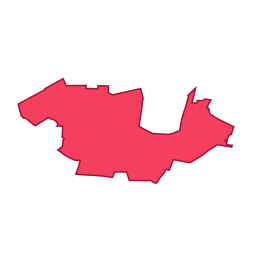 Tecámac, México, Mexico (Equal Earth projection), rotated 81°
{"feature_id": "50627088B86609194927709", "entity_name": "Tecámac", "entity_type": "district", "adm_level": 2, "iso_a3": "MEX", "parent_name": "Mexico", "parent_adm1": "México", "projection": "equal_earth", "projection_center": [-98.994, 19.711], "detail": "fine", "context": "isolated", "style": "filled", "palette": "rose", "viewbox_px": 256, "rotation_deg": 81, "n_neighbors": 0, "source": "geoboundaries", "source_scale": "gbopen_adm2", "svg_char_len": 5210}
<svg xmlns="http://www.w3.org/2000/svg" viewBox="0 0 256 256"><g transform="rotate(81 128 128)"><path d="M143.2,23.3L142.7,24.1L142.3,24.9L140.5,27.3L140.2,27.7L138.1,30.7L136.5,33.0L134.9,35.2L133.3,37.5L132.5,38.5L131.5,39.7L129.9,41.6L129.2,42.3L129.0,42.5L128.8,42.7L128.7,42.9L128.5,43.2L128.1,43.5L128.0,43.8L127.9,43.9L127.8,44.1L127.7,44.2L127.1,44.9L123.8,45.1L121.0,45.3L121.1,45.8L121.0,46.2L120.7,47.0L120.4,47.1L118.9,46.0L118.4,45.6L117.7,45.2L117.4,44.9L115.2,43.2L113.3,41.7L112.7,43.7L112.0,45.4L111.7,46.4L111.4,47.3L111.6,47.5L111.6,47.9L112.7,50.3L112.1,53.0L111.7,55.3L113.8,56.1L114.2,56.2L113.9,57.9L113.6,59.2L113.2,60.9L112.8,60.7L109.7,59.4L107.5,58.5L104.1,57.0L101.4,55.9L99.9,55.3L99.6,55.1L99.4,55.1L99.1,55.0L100.8,57.5L101.5,58.4L102.1,59.3L104.1,62.2L104.4,62.7L104.8,63.2L105.0,63.5L105.3,63.0L107.6,64.0L110.0,65.0L114.2,66.9L114.5,67.0L118.1,68.8L119.3,69.5L120.3,70.0L123.9,71.8L124.7,72.2L126.4,73.0L129.0,74.0L132.9,75.4L137.0,76.9L138.9,77.5L139.4,81.0L139.6,81.0L139.9,82.9L140.2,83.8L140.3,84.6L140.4,85.8L140.6,88.9L140.5,89.2L140.5,90.0L140.0,92.0L139.1,96.4L138.7,98.7L138.3,100.1L138.2,100.2L138.1,100.5L137.3,104.6L135.7,106.8L133.6,109.8L130.8,113.4L128.1,117.0L125.6,116.2L123.2,115.3L120.9,114.6L118.5,113.8L114.6,112.6L111.5,111.6L108.4,110.6L107.9,110.7L107.1,110.5L105.9,110.1L102.6,109.0L102.2,108.8L101.8,108.7L101.4,108.6L101.2,108.5L101.0,108.4L100.9,108.4L100.6,108.5L100.3,108.5L100.0,108.5L99.7,108.5L99.2,108.6L98.9,108.6L98.6,108.7L98.3,108.7L98.1,108.7L97.8,108.7L97.5,108.8L97.2,108.8L96.9,108.8L96.7,108.8L96.4,108.9L96.1,108.9L95.8,108.9L95.5,109.0L95.0,109.0L94.7,109.0L94.4,109.1L94.2,109.1L93.9,109.1L93.6,109.1L93.1,109.2L92.8,109.2L92.5,109.3L92.3,109.3L92.0,109.3L91.2,109.4L91.2,112.3L92.1,125.2L92.9,138.2L92.8,138.3L89.9,142.0L86.7,141.4L83.5,140.7L82.5,145.8L81.6,150.9L83.0,151.3L84.6,151.9L84.4,152.6L84.3,153.3L84.2,154.0L84.0,154.7L83.9,155.4L83.8,156.1L83.5,157.4L83.4,157.4L83.5,157.6L83.4,158.2L83.2,158.9L83.1,159.7L83.0,160.4L82.8,161.1L82.7,161.8L82.6,162.2L82.6,162.3L82.5,162.5L82.5,163.0L82.4,163.2L82.4,163.4L82.4,163.5L80.9,163.3L80.9,163.2L80.3,162.9L79.4,162.7L78.3,170.6L77.5,175.5L76.7,181.4L76.5,182.4L75.0,182.8L74.8,182.9L73.2,183.3L71.7,183.7L70.0,184.1L69.1,184.3L69.1,184.5L71.0,189.6L72.7,194.3L74.3,198.7L75.1,200.7L75.3,201.3L76.1,203.6L76.6,203.2L77.5,205.1L79.7,211.3L82.9,220.5L83.5,222.2L85.2,226.9L85.4,227.5L85.9,228.9L85.9,229.1L87.2,232.7L90.7,232.4L93.8,232.1L94.0,232.1L95.8,231.8L96.2,231.8L97.5,231.6L97.8,231.6L99.4,231.4L99.3,231.1L100.5,230.5L100.7,230.4L101.6,230.1L101.8,229.7L102.5,227.3L104.9,225.1L106.8,223.5L108.2,222.3L110.6,220.0L110.7,219.9L111.3,219.3L111.0,218.6L110.8,217.9L110.5,217.4L109.9,215.9L109.0,213.8L107.9,211.0L107.2,209.5L106.7,208.5L106.4,207.6L106.1,206.9L105.8,206.4L105.6,205.9L105.5,205.6L105.2,204.9L105.8,204.6L106.4,203.6L106.5,203.4L106.7,203.0L106.8,202.8L106.9,202.7L107.4,201.8L107.9,200.9L108.1,200.5L108.9,199.0L111.9,197.0L112.3,196.6L112.5,196.5L114.0,197.3L114.6,196.8L115.1,197.5L115.1,196.8L115.1,196.2L115.1,194.6L115.6,194.7L115.8,193.3L115.9,192.2L118.2,192.7L120.7,193.1L123.2,193.7L123.5,193.8L125.9,194.3L126.6,194.5L126.8,194.4L126.9,194.1L127.0,193.8L127.1,193.7L127.8,193.2L128.6,192.6L128.7,192.8L128.8,193.0L129.0,193.2L129.1,193.3L129.4,193.6L129.8,194.1L130.0,194.3L130.7,194.4L130.9,194.3L132.5,194.7L133.7,195.0L135.6,195.5L136.2,196.2L138.8,200.8L141.2,198.1L142.2,197.2L142.7,196.8L144.5,195.1L145.2,194.4L145.9,193.7L147.5,191.4L148.1,190.6L148.6,189.8L151.2,186.1L151.6,185.2L152.1,182.9L152.4,180.3L152.5,180.3L154.5,181.2L157.0,182.2L160.8,184.2L163.1,185.5L165.4,186.7L167.1,180.2L167.5,178.2L168.4,174.0L168.7,172.1L169.0,171.2L169.6,168.3L170.0,166.8L171.1,162.1L171.9,159.2L172.0,159.0L172.3,158.0L173.2,154.9L174.3,150.8L171.8,149.5L169.4,148.2L169.4,147.9L169.7,145.5L169.8,145.4L169.8,145.2L169.9,144.4L169.9,144.1L170.1,143.1L170.8,139.2L171.3,136.3L175.4,135.6L179.4,135.0L180.0,134.9L181.1,128.1L181.6,125.5L182.0,123.0L182.9,117.4L183.5,113.8L183.6,113.5L184.4,112.7L185.5,111.4L186.5,110.1L186.8,108.8L186.9,108.6L186.1,107.7L185.5,107.0L185.4,106.9L185.0,106.4L184.5,106.1L183.0,105.1L182.3,104.3L181.9,103.9L181.1,102.8L180.7,102.2L180.1,101.6L179.5,101.0L178.7,100.3L177.7,99.3L176.9,98.5L176.8,98.4L176.0,97.9L175.3,97.3L174.8,96.3L176.2,94.0L174.9,93.2L173.0,92.0L169.3,90.0L168.9,89.8L168.7,89.7L168.4,89.4L167.5,88.8L166.4,88.1L168.0,83.5L169.6,78.9L171.2,74.4L171.9,72.3L171.0,69.7L169.0,64.6L167.1,60.3L166.1,58.0L165.7,57.3L165.0,56.0L164.4,54.9L163.5,53.4L161.7,49.5L161.3,48.4L159.9,45.5L158.5,42.6L158.4,42.3L160.1,37.4L161.7,32.5L163.0,28.6L162.4,28.1L162.1,28.0L161.4,27.8L160.8,30.3L160.7,30.7L160.6,31.2L160.4,32.1L159.8,32.7L159.4,33.0L158.9,33.1L158.5,33.0L158.1,32.9L157.5,32.6L157.0,32.5L156.7,33.5L156.2,34.2L155.6,34.1L155.1,33.9L155.7,32.1L155.4,31.8L155.2,31.8L154.9,31.7L154.4,31.4L154.1,31.3L153.7,31.2L153.4,31.0L153.3,30.9L153.1,30.7L152.6,30.5L152.4,30.4L152.3,30.0L152.1,29.7L151.9,29.6L151.6,29.5L151.4,29.6L151.2,29.4L150.9,29.1L150.8,28.9L150.8,28.6L150.6,28.5L150.3,28.4L150.7,27.2L148.1,25.8L145.2,24.3L143.2,23.3Z" fill="#f43f5e" stroke="#9f1239" stroke-width="1.5"/></g></svg>